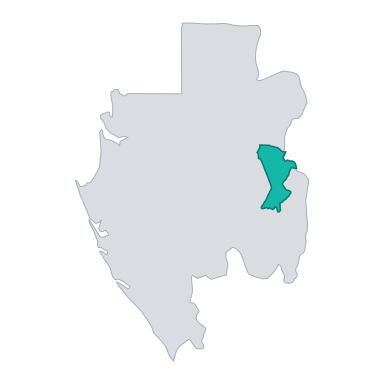 Sèbè-Brikolo, Haut-Ogooué, Gabon shown in context
{"feature_id": "22940354B60180935649619", "entity_name": "Sèbè-Brikolo", "entity_type": "district", "adm_level": 2, "iso_a3": "GAB", "parent_name": "Gabon", "parent_adm1": "Haut-Ogooué", "projection": "equal_earth", "projection_center": [13.691, -0.557], "detail": "fine", "context": "in_parent", "style": "filled", "palette": "teal", "viewbox_px": 384, "rotation_deg": 0, "n_neighbors": 0, "source": "geoboundaries", "source_scale": "gbopen_adm2", "svg_char_len": 6259}
<svg xmlns="http://www.w3.org/2000/svg" viewBox="0 0 384 384"><path d="M260.7,30.7L260.5,34.5L257.3,43.8L255.8,51.0L255.4,58.6L256.3,64.7L257.8,69.1L258.8,73.9L258.0,77.2L256.5,78.6L257.5,80.3L259.9,80.7L263.8,79.3L269.9,76.7L277.9,73.0L283.2,71.0L291.8,72.3L296.5,73.7L298.8,76.3L301.4,87.2L302.7,88.9L304.8,93.6L306.5,99.2L306.9,102.0L306.7,104.1L304.9,107.1L302.9,111.5L302.2,114.2L300.6,116.2L298.5,118.2L292.7,119.0L291.8,120.2L290.2,124.9L287.1,128.9L285.7,132.7L284.5,137.8L284.7,144.1L284.1,153.1L283.5,159.2L285.0,161.4L292.0,162.8L293.3,164.1L295.1,167.8L297.5,171.4L303.8,173.6L306.3,176.4L308.3,179.3L308.6,181.8L307.1,191.6L305.7,201.0L306.3,208.2L306.8,215.0L307.5,225.0L307.2,231.1L305.4,234.8L305.4,237.7L306.2,241.2L304.6,250.9L303.6,252.5L300.8,254.3L299.3,256.9L298.8,261.0L297.3,266.6L295.7,268.7L295.7,271.3L297.2,273.2L297.2,276.1L294.4,279.6L292.7,282.2L288.9,283.5L284.6,282.2L283.6,280.2L284.6,277.2L284.3,274.8L282.8,272.3L280.5,265.8L278.4,264.4L277.3,267.1L273.8,272.0L267.6,278.4L263.2,278.9L255.2,276.9L248.5,273.9L245.3,266.4L243.4,260.3L240.5,253.2L237.3,249.8L233.8,247.6L232.3,247.5L227.4,251.4L225.9,253.0L225.9,256.3L226.4,259.5L227.1,261.0L227.8,263.0L227.7,266.1L226.8,270.2L226.5,274.8L211.1,279.3L208.4,277.7L206.5,275.6L204.2,276.0L197.5,278.3L195.0,276.7L192.6,275.5L191.5,276.5L191.4,278.4L192.5,289.2L192.2,293.3L190.6,298.7L189.9,302.3L194.0,303.3L195.4,305.0L196.9,307.8L198.8,310.3L199.0,311.8L196.7,314.6L196.0,318.1L197.0,320.8L199.8,323.6L203.9,326.6L205.9,328.5L205.7,330.3L203.8,334.0L203.1,337.2L201.8,340.1L202.1,342.7L203.9,345.2L203.7,347.4L202.5,349.0L199.9,348.7L197.8,348.9L195.9,348.2L189.9,339.7L188.5,339.5L179.8,346.0L177.7,348.7L175.9,352.6L173.5,361.0L169.5,356.1L166.1,347.2L162.1,341.7L153.7,332.8L151.5,326.3L141.9,311.9L128.1,297.5L118.1,285.0L116.6,282.3L118.3,282.6L127.9,288.8L129.2,288.1L130.3,286.7L126.2,283.5L122.2,280.9L118.5,279.3L114.8,279.5L112.7,276.8L111.3,272.8L110.6,269.4L109.0,265.8L103.7,258.4L102.4,255.5L99.5,251.6L101.3,251.1L107.0,254.8L107.5,253.3L107.0,251.1L101.3,247.6L98.2,247.4L97.5,244.9L97.9,242.0L93.8,231.2L89.6,223.1L88.9,219.3L100.3,236.9L101.8,237.2L103.9,237.0L108.6,235.0L107.7,232.7L105.5,230.2L103.5,231.3L100.8,231.6L99.4,230.5L98.8,228.7L101.4,220.2L100.3,220.6L99.4,222.1L97.9,222.9L95.7,223.3L90.1,218.7L85.1,206.4L83.8,203.9L82.5,199.6L81.1,197.8L75.4,180.3L77.6,181.6L80.2,186.7L85.3,185.6L87.2,182.7L89.0,182.8L90.7,182.1L92.9,179.3L99.4,167.3L101.1,151.3L100.5,141.9L99.6,132.5L101.7,129.5L102.6,131.5L103.0,134.8L104.0,137.3L106.3,139.5L110.6,140.1L117.2,143.5L119.6,145.8L120.2,141.3L127.8,137.6L125.5,136.2L118.8,137.7L109.5,132.1L106.4,128.5L103.5,121.7L100.5,118.2L100.7,115.0L107.4,112.0L109.2,112.4L109.9,115.9L111.7,117.3L112.4,116.8L112.7,113.8L112.7,105.8L110.7,94.3L111.3,92.1L113.1,91.3L114.7,89.7L115.9,89.5L118.1,89.7L119.3,92.4L119.9,93.9L122.1,94.6L124.0,96.0L125.6,95.6L127.0,93.9L128.9,93.6L135.0,93.6L140.5,93.6L151.5,93.7L162.4,93.7L173.4,93.8L181.7,93.8L181.6,87.2L181.6,77.1L181.5,65.1L181.5,53.6L181.5,42.9L181.4,30.4L181.9,26.8L182.4,25.3L182.2,23.2L190.7,23.0L206.1,24.0L212.8,23.8L214.7,24.0L223.1,23.4L229.9,24.2L232.7,25.1L235.3,25.5L243.5,26.1L254.1,25.4L257.7,25.5L259.7,27.3L260.7,30.7Z" fill="#d9dde1" stroke="#a8b0b8" stroke-width="1"/><path d="M259.9,145.0L259.9,146.1L259.9,147.1L259.8,147.6L259.4,148.3L259.0,149.1L258.6,149.7L258.3,150.4L258.1,150.9L257.7,151.6L257.4,152.2L257.1,152.5L257.3,152.8L257.6,152.9L257.8,153.1L258.1,153.7L258.2,154.7L258.3,155.8L258.4,157.4L258.6,158.5L258.9,158.7L259.3,158.8L259.7,158.8L260.1,159.0L260.5,159.3L260.8,159.8L261.1,160.3L261.8,161.8L263.2,165.0L264.8,169.6L266.7,174.1L268.7,179.4L270.9,185.3L271.3,186.7L271.4,187.8L271.4,188.6L271.0,189.3L270.3,190.8L268.9,193.6L267.8,195.7L267.4,196.5L267.0,197.6L266.5,198.7L266.1,199.6L265.8,200.3L265.4,200.8L264.2,202.4L263.8,203.1L263.5,203.8L263.2,204.5L262.8,205.2L262.4,205.4L261.8,206.2L261.5,206.8L261.2,207.5L261.3,208.0L261.6,208.2L261.9,208.4L262.2,208.6L262.5,208.7L262.8,208.6L263.2,208.5L263.6,208.5L264.0,208.5L264.4,208.3L264.8,208.1L265.4,207.9L266.0,207.6L266.6,207.6L267.0,207.9L267.3,208.2L267.8,208.6L268.1,208.6L268.5,208.5L268.7,208.3L268.9,208.1L269.3,207.7L269.7,207.7L270.0,207.9L270.3,208.3L270.6,208.5L271.0,208.7L271.5,208.9L272.2,209.0L272.7,209.3L273.0,209.5L273.2,209.3L273.6,209.0L274.1,208.6L274.3,208.0L274.6,207.3L274.8,207.0L275.3,207.0L275.8,207.1L276.3,207.4L276.6,207.7L276.8,208.3L277.0,209.1L277.2,210.0L277.4,210.6L277.5,211.1L277.6,211.7L278.0,211.9L278.9,211.8L279.4,211.8L279.8,211.1L280.2,210.6L280.4,210.2L280.5,209.6L280.4,209.1L280.2,208.4L280.2,207.9L280.1,206.7L280.1,205.6L280.0,204.5L280.0,202.9L280.6,202.7L281.4,202.6L282.0,202.3L282.9,201.5L283.6,200.8L284.5,199.9L285.1,199.6L286.1,199.0L286.6,198.3L287.5,197.0L288.4,196.5L288.8,196.2L289.0,195.7L289.4,195.0L290.3,193.6L290.6,193.2L290.8,192.5L290.8,191.9L290.3,191.6L289.8,191.2L289.2,190.7L288.6,190.5L288.0,190.3L287.0,190.3L286.3,190.0L282.8,185.0L282.4,184.4L282.4,184.0L282.7,183.3L284.3,180.7L284.9,180.3L285.3,180.1L285.9,179.5L287.3,176.7L287.8,176.1L288.2,175.7L288.7,175.1L288.9,173.6L289.1,172.6L289.4,171.5L289.8,170.7L290.5,169.3L291.1,168.3L291.5,167.8L292.1,167.6L293.0,167.7L293.5,168.0L294.2,168.3L294.8,168.4L296.5,168.4L296.4,168.0L296.3,167.4L296.1,166.4L296.0,165.9L295.8,165.2L295.5,164.2L295.1,163.4L294.8,162.8L294.1,162.2L293.4,161.6L292.7,161.3L292.1,161.0L291.5,160.9L291.1,161.0L290.7,161.1L290.2,161.3L289.8,161.2L289.5,161.1L289.3,160.9L289.1,160.7L288.6,160.5L288.2,160.3L287.6,160.2L287.0,160.2L286.7,160.5L286.2,161.1L285.9,161.3L285.5,161.3L285.2,161.2L284.9,160.9L284.6,160.5L284.2,159.8L283.8,159.3L283.5,158.8L283.4,158.4L283.4,157.9L283.4,157.2L283.4,156.6L283.6,156.1L283.9,155.6L284.2,155.0L284.6,154.3L284.9,153.7L285.2,153.0L285.6,152.3L285.8,152.0L285.8,151.9L284.2,151.9L282.8,151.9L282.5,151.6L281.9,151.3L281.5,151.1L281.1,150.6L280.5,150.1L280.0,149.6L279.0,148.7L278.3,148.2L277.6,147.8L277.3,147.7L276.9,147.4L276.3,147.4L275.8,147.4L275.3,147.3L274.6,147.0L274.2,146.8L273.7,146.6L272.3,146.4L271.5,146.3L270.9,146.1L270.0,145.7L269.6,145.4L269.1,145.3L265.7,145.2L263.1,145.1L260.4,145.0L259.9,145.0Z" fill="#14b8a6" stroke="#0f766e" stroke-width="1.5"/></svg>